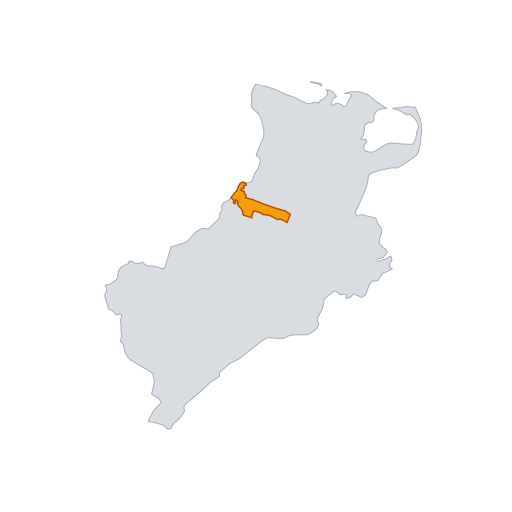 Gokdepe, Ahal, Turkmenistan (highlighted), rotated 109°
{"feature_id": "10190150B73322470423680", "entity_name": "Gokdepe", "entity_type": "district", "adm_level": 2, "iso_a3": "TKM", "parent_name": "Turkmenistan", "parent_adm1": "Ahal", "projection": "orthographic", "projection_center": [57.988, 38.679], "detail": "fine", "context": "in_parent", "style": "filled", "palette": "amber", "viewbox_px": 512, "rotation_deg": 109, "n_neighbors": 0, "source": "geoboundaries", "source_scale": "gbopen_adm2", "svg_char_len": 5043}
<svg xmlns="http://www.w3.org/2000/svg" viewBox="0 0 512 512"><g transform="rotate(109 256 256)"><path d="M154.9,173.9L176.0,175.5L182.5,176.4L185.2,173.4L185.1,172.6L184.1,171.9L182.5,169.8L181.3,155.4L183.1,153.4L185.3,151.9L188.3,147.4L190.0,146.1L192.4,144.9L200.3,144.7L203.7,143.8L206.6,138.7L207.2,135.7L209.3,133.3L210.5,133.3L216.0,135.4L217.1,136.4L219.0,140.2L221.0,139.9L221.3,139.3L221.0,138.5L219.5,136.1L216.1,131.9L212.8,129.2L212.5,128.3L215.3,126.2L221.0,127.1L222.4,126.4L223.9,123.0L231.4,130.6L232.8,131.3L238.8,132.3L239.9,133.3L241.9,137.7L244.0,138.8L246.5,139.6L257.2,139.6L260.6,142.5L261.1,143.2L260.5,145.3L260.4,149.3L259.6,150.9L260.2,151.6L264.0,153.1L266.3,155.7L266.6,156.8L266.0,157.5L264.2,157.2L263.3,158.4L263.4,160.5L264.7,162.4L265.1,164.2L263.4,168.4L263.4,170.1L264.0,171.1L273.9,177.1L275.4,177.3L284.8,175.9L286.6,176.5L294.8,177.6L297.1,177.3L298.6,175.3L300.1,174.4L301.5,174.3L305.5,175.4L309.7,178.0L312.5,180.3L314.0,182.5L318.3,194.6L321.1,199.5L324.1,201.9L326.4,206.6L328.8,217.0L330.0,219.1L334.7,223.0L358.9,238.7L366.4,245.9L377.8,252.5L381.8,251.4L390.9,258.6L396.5,261.1L403.9,265.3L419.5,274.7L422.7,274.9L426.1,273.1L429.3,273.7L435.1,275.9L441.5,279.4L446.7,280.4L448.3,282.0L448.5,283.0L446.1,288.4L446.3,295.0L447.4,303.8L446.0,304.1L435.7,302.6L425.7,298.0L423.5,299.9L422.5,301.8L420.7,309.7L407.8,311.2L400.4,315.5L395.1,340.8L393.7,344.0L389.7,348.4L382.4,352.9L381.3,354.6L381.2,356.1L380.3,356.6L376.1,356.9L360.4,363.3L356.9,363.5L355.5,364.0L354.9,365.0L357.0,369.8L355.6,371.4L354.7,373.9L354.1,378.2L343.9,385.5L341.7,386.4L337.4,386.0L335.2,386.8L333.1,389.0L332.0,388.4L331.4,386.3L330.1,384.9L323.3,379.8L315.8,381.0L312.9,380.7L310.6,379.8L307.0,376.9L304.7,374.0L302.4,374.4L301.6,373.1L301.5,371.4L302.1,369.4L301.8,365.7L300.4,363.0L298.8,361.9L300.4,357.5L300.3,354.3L299.1,350.9L298.5,345.8L298.6,340.9L297.1,338.4L275.0,339.3L266.9,328.0L263.6,325.3L252.6,320.6L249.6,318.0L247.1,315.2L246.4,311.3L245.1,309.0L243.4,308.7L234.8,304.2L231.4,303.0L226.8,304.2L224.0,302.9L220.8,304.7L219.4,304.8L215.9,303.8L211.6,299.6L208.0,297.9L200.5,295.3L195.2,294.4L190.6,292.8L190.1,292.2L190.0,288.7L189.3,287.3L188.0,285.5L186.2,284.2L178.2,284.2L174.5,282.9L171.6,282.6L165.3,282.8L163.2,283.7L162.0,284.8L161.2,288.2L160.5,288.7L154.3,288.6L141.2,287.5L135.7,289.1L127.0,294.1L122.0,298.4L120.5,300.3L117.3,308.0L116.0,309.0L114.3,309.9L112.6,310.0L104.6,312.7L101.5,313.4L93.8,312.6L92.4,301.0L92.2,291.9L93.6,279.3L93.5,271.1L95.3,258.9L95.0,255.8L91.3,250.2L91.0,246.4L88.6,246.1L84.8,242.7L81.1,241.3L79.2,241.1L77.5,242.0L76.1,243.7L75.4,240.8L75.5,237.8L78.9,231.7L80.7,233.6L82.9,234.5L88.8,234.4L88.3,232.2L85.4,229.9L85.0,227.0L85.3,224.1L86.3,221.4L85.4,220.3L84.1,219.5L81.0,219.4L72.9,217.9L71.8,221.1L73.8,225.5L70.3,220.5L68.1,215.3L66.8,209.4L66.9,203.0L70.6,193.1L73.8,180.8L76.6,186.2L78.8,188.6L83.7,190.4L86.1,190.1L88.8,188.9L91.3,189.5L95.0,195.1L97.8,195.8L103.8,194.0L106.6,193.6L109.0,194.7L111.5,194.8L110.5,192.2L110.1,189.7L111.7,188.5L116.2,190.0L120.0,188.7L120.6,188.1L121.1,186.0L120.7,181.8L119.9,179.9L117.9,177.3L110.0,171.0L107.4,168.5L105.2,165.3L102.1,152.8L99.6,144.8L98.6,143.9L93.9,143.0L84.9,144.5L81.8,143.9L80.3,144.6L76.5,147.7L74.6,150.5L71.8,156.8L73.5,159.0L71.5,169.9L72.0,174.6L71.7,174.9L69.3,169.0L66.0,163.0L63.5,153.9L69.2,148.5L74.0,144.6L79.1,141.8L84.2,140.0L95.8,137.4L102.1,136.5L107.2,136.5L111.1,138.7L121.4,146.2L125.9,150.3L127.1,152.0L128.2,155.9L135.7,168.6L137.5,170.4L140.4,174.4L143.3,175.7L154.9,173.9ZM73.9,260.0L73.6,261.6L72.4,256.5L71.9,251.0L72.9,249.5L74.0,249.7L72.9,251.6L73.9,260.0Z" fill="#d9dde1" stroke="#a8b0b8" stroke-width="1"/><path d="M209.6,297.4L209.8,297.0L210.8,295.0L210.9,294.9L211.5,294.9L212.8,294.8L213.4,294.0L213.4,293.0L212.3,292.5L211.1,293.2L211.0,293.3L209.8,293.5L209.8,293.4L209.7,293.4L209.7,292.4L210.1,291.2L210.2,290.8L210.4,290.7L210.5,290.6L211.5,290.6L212.6,290.5L214.3,288.8L214.5,288.5L215.2,287.3L215.3,287.1L215.7,285.9L217.3,284.0L217.7,283.7L218.0,283.4L219.6,282.5L220.7,282.0L221.4,281.1L221.2,272.4L219.4,272.9L219.2,272.9L219.0,273.0L214.4,273.0L214.2,272.3L214.0,271.5L213.8,270.9L213.7,269.0L213.7,266.1L213.6,265.3L214.5,262.8L214.5,262.6L213.7,259.5L213.3,256.8L213.3,256.7L213.4,255.3L213.6,252.5L214.2,249.5L214.4,247.7L214.4,247.2L213.5,245.5L213.5,245.2L213.2,243.8L213.2,242.7L213.4,242.2L213.5,240.3L214.1,238.5L214.2,237.6L205.4,237.1L204.8,239.6L204.5,240.8L204.3,241.5L203.9,242.8L204.3,250.6L204.3,250.8L204.4,251.0L204.4,261.2L204.4,262.2L204.4,268.0L204.0,270.2L204.1,273.7L204.0,274.1L204.0,275.0L203.7,276.8L203.7,277.2L203.8,278.5L203.8,278.9L204.0,279.4L204.1,285.0L203.1,285.0L201.9,285.1L200.4,287.5L199.1,287.8L199.1,288.7L198.7,288.8L198.8,291.6L198.2,291.6L197.1,291.7L196.5,291.4L196.5,289.7L195.2,289.5L193.5,290.6L192.5,288.6L192.4,288.3L191.5,288.7L190.7,289.1L190.4,292.2L190.7,293.0L192.4,294.5L195.6,295.3L200.2,295.3L208.7,298.7L208.9,298.4L209.6,297.4Z" fill="#f59e0b" stroke="#b45309" stroke-width="1.5"/></g></svg>